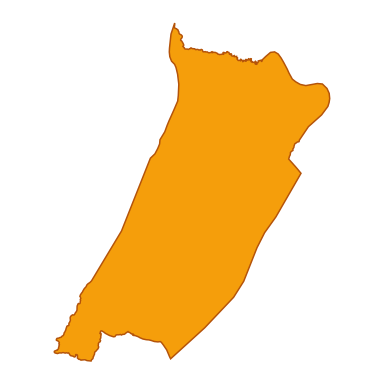 Hinherb, Vientiane, Laos (Mercator projection)
{"feature_id": "54806243B70207385851148", "entity_name": "Hinherb", "entity_type": "district", "adm_level": 2, "iso_a3": "LAO", "parent_name": "Laos", "parent_adm1": "Vientiane", "projection": "mercator", "projection_center": [102.194, 18.65], "detail": "fine", "context": "isolated", "style": "filled", "palette": "amber", "viewbox_px": 384, "rotation_deg": 0, "n_neighbors": 0, "source": "geoboundaries", "source_scale": "gbopen_adm2", "svg_char_len": 5723}
<svg xmlns="http://www.w3.org/2000/svg" viewBox="0 0 384 384"><path d="M54.5,351.1L54.3,351.5L54.3,352.1L54.6,352.6L55.2,353.0L57.2,353.5L57.7,353.5L59.3,352.9L60.7,352.9L61.3,353.0L62.7,352.6L63.4,352.6L65.2,353.1L66.4,352.8L66.7,352.8L67.6,353.1L68.5,352.9L69.0,353.4L70.2,355.3L70.5,355.6L72.5,356.1L73.2,356.2L73.9,356.8L74.4,357.0L74.9,356.9L75.3,356.6L75.5,356.2L75.6,354.9L75.8,354.6L76.1,354.5L76.8,355.1L77.2,354.9L77.4,355.0L77.5,355.4L77.4,356.3L77.5,356.9L77.4,358.0L78.8,359.3L79.8,359.4L80.9,360.1L81.3,360.1L81.8,359.9L82.1,359.9L82.2,360.0L84.0,359.8L85.1,359.8L87.0,360.6L91.1,361.0L91.3,360.8L91.4,360.2L91.6,359.6L92.6,359.0L93.1,358.0L93.2,356.9L93.6,356.4L93.7,355.9L94.5,354.2L94.6,352.8L94.9,352.0L96.3,350.8L96.9,349.9L97.7,349.2L98.1,348.4L98.5,347.8L98.7,346.9L98.3,346.0L98.2,345.4L98.4,344.8L98.4,343.4L99.2,342.2L100.1,341.8L100.5,340.8L100.5,340.4L100.0,339.8L100.0,339.5L100.0,339.3L100.6,338.3L100.7,337.9L100.8,337.3L100.7,336.6L101.0,335.7L100.8,334.9L101.2,334.1L101.1,333.8L100.9,333.6L100.0,333.5L99.9,333.4L100.0,333.0L100.5,332.3L100.5,331.4L101.1,330.9L101.8,330.9L103.7,332.0L105.3,333.3L109.5,335.5L113.5,336.8L114.9,336.6L116.1,335.0L116.3,334.9L117.6,334.8L118.9,334.8L120.2,334.5L120.5,334.5L121.3,335.0L121.9,334.8L122.5,334.4L124.2,334.3L125.2,333.7L125.8,333.1L128.0,331.6L128.3,332.0L130.0,332.7L130.5,333.1L130.8,333.5L131.5,333.7L131.9,334.1L132.2,334.2L132.7,334.0L133.1,334.1L133.1,334.3L132.8,334.7L132.9,335.2L133.2,335.2L133.7,335.0L133.8,335.5L134.0,335.6L134.4,335.4L135.2,335.6L138.2,336.7L139.9,337.7L142.9,339.0L146.3,339.7L149.0,339.9L151.3,340.5L154.3,341.5L157.9,341.9L160.3,341.6L161.4,342.4L163.3,344.9L166.7,349.9L169.6,356.8L170.6,358.8L204.7,327.8L233.6,297.3L243.7,281.3L257.0,247.7L264.6,232.7L275.9,216.9L301.0,173.3L296.1,167.4L288.7,159.1L289.5,156.2L290.1,155.2L290.4,153.7L290.4,152.6L290.7,152.2L291.5,151.4L292.0,151.0L292.9,150.5L292.9,148.9L293.8,147.6L294.1,145.8L294.8,143.9L295.0,143.6L296.1,143.0L297.5,141.9L298.8,141.8L299.2,141.2L299.3,140.2L308.4,126.7L321.6,114.9L327.9,106.4L329.1,102.5L329.7,98.6L329.2,93.4L327.0,88.5L322.4,84.0L317.3,83.5L305.8,85.6L300.2,84.4L295.7,81.8L292.3,79.1L289.0,73.1L287.2,69.1L283.7,62.5L281.1,58.0L278.2,54.0L274.6,51.9L270.5,52.4L265.7,56.5L262.6,59.5L262.2,59.7L262.4,60.1L262.0,61.0L261.7,61.4L261.4,61.3L261.2,60.6L260.7,60.3L260.0,60.4L259.3,60.8L258.3,60.9L258.2,62.1L257.9,62.6L257.1,62.5L256.9,63.4L257.0,63.9L256.7,64.3L256.2,64.1L255.6,64.2L255.1,63.7L255.0,63.2L256.0,62.8L256.4,62.4L255.6,61.3L255.4,61.2L255.1,61.5L255.1,62.0L254.9,62.4L253.8,62.3L253.4,62.2L252.8,62.4L252.4,62.3L252.3,61.8L251.7,62.0L251.2,61.7L251.0,61.4L251.4,60.6L251.2,59.5L251.3,59.0L251.3,58.8L251.0,58.7L250.7,58.7L250.6,58.9L250.8,59.5L250.1,60.2L249.9,60.0L249.5,59.1L248.7,58.7L248.4,58.9L248.1,59.8L247.9,60.2L246.6,59.6L245.8,59.5L245.6,60.0L246.2,60.7L246.1,61.1L245.6,61.2L243.9,60.3L243.5,60.6L243.4,61.3L242.9,61.6L242.0,60.2L240.9,59.3L240.6,59.3L240.5,59.5L240.7,60.6L240.4,60.8L239.9,60.3L238.5,60.5L238.1,60.4L237.7,59.7L237.1,59.2L237.1,58.9L237.6,58.0L237.4,57.7L236.7,57.6L236.6,57.4L236.6,56.4L235.1,56.5L234.4,56.7L234.2,56.6L234.3,55.9L234.2,55.6L233.6,55.9L232.6,56.1L231.5,55.7L231.3,55.4L231.5,54.7L231.6,54.3L231.4,54.0L231.1,53.8L230.6,53.8L230.1,54.3L229.7,54.3L229.4,54.0L229.2,53.0L228.8,52.4L228.0,52.3L227.5,51.7L227.2,51.7L226.8,51.8L226.3,52.7L225.8,52.9L225.0,52.9L223.8,52.4L223.2,52.5L223.0,52.8L223.0,53.1L223.6,53.8L223.7,54.0L223.4,54.3L222.0,54.1L221.0,54.5L220.1,54.4L219.4,54.6L218.9,54.3L218.0,54.2L217.8,54.1L217.5,53.4L216.7,53.2L215.7,52.5L214.8,52.5L213.7,52.2L213.3,52.3L212.8,52.7L212.6,52.6L212.5,52.0L212.1,51.7L211.5,51.9L211.1,52.6L210.1,52.5L209.5,52.8L208.9,52.8L208.1,52.5L207.2,51.9L205.9,52.0L205.3,51.7L205.1,51.6L204.6,51.8L203.2,51.8L202.9,51.5L202.3,49.9L201.6,49.5L201.0,49.5L200.3,50.1L200.1,50.1L199.6,49.9L198.6,49.9L197.8,49.4L197.0,49.4L196.0,49.6L195.6,49.6L195.2,49.4L194.9,48.9L194.7,48.8L192.3,48.6L191.4,48.2L191.1,47.9L190.7,48.0L190.2,48.6L189.4,48.7L188.7,49.4L187.8,49.3L187.2,49.0L185.8,49.1L184.7,48.8L184.4,48.4L184.4,47.9L183.5,47.1L182.9,46.3L183.6,45.7L183.7,45.3L183.6,44.5L182.6,42.5L181.8,41.2L181.5,40.8L180.8,40.5L180.6,40.0L181.0,38.8L181.6,38.3L182.2,37.1L182.3,36.7L182.1,35.8L181.5,35.1L180.9,34.7L179.7,34.1L179.3,33.7L179.1,33.3L178.8,31.8L178.3,31.0L178.0,30.0L177.7,29.7L177.1,29.4L176.6,28.8L175.0,28.2L174.7,27.8L174.4,26.8L174.7,25.0L174.7,23.0L171.0,34.1L169.5,48.0L169.3,52.0L169.8,56.7L171.5,61.1L174.6,64.3L176.0,67.5L177.6,74.2L178.8,84.3L178.3,95.5L177.7,101.1L173.8,110.2L169.0,120.9L167.1,125.5L164.8,131.8L160.0,139.7L159.6,144.0L157.7,148.6L154.9,153.9L150.4,158.2L121.5,231.0L91.5,280.9L89.8,282.6L88.2,283.6L87.0,284.8L86.6,285.4L86.4,286.1L86.1,286.7L84.3,288.6L83.0,290.8L82.4,292.1L81.4,293.3L80.4,294.9L80.2,295.4L79.9,296.4L80.3,296.8L80.8,298.6L80.3,299.4L80.3,299.9L80.6,300.6L80.3,301.3L80.2,302.8L79.9,303.5L79.4,303.7L78.5,303.5L78.2,303.7L78.0,304.0L77.2,305.9L77.1,306.6L77.0,309.8L76.9,310.4L76.3,311.7L75.5,312.6L74.7,314.2L74.4,314.6L74.2,314.8L73.5,315.0L72.4,314.9L70.9,316.1L70.6,316.5L70.2,317.4L70.2,319.1L70.4,319.7L70.4,320.3L69.7,322.1L69.0,323.1L68.9,323.6L68.9,325.1L68.8,325.3L68.5,325.6L67.3,325.9L66.8,326.5L66.0,328.9L65.8,329.9L65.4,330.7L65.0,331.7L64.2,332.8L63.8,334.5L63.6,334.9L63.0,335.7L62.1,336.1L61.3,337.1L61.1,337.2L60.0,337.5L58.4,338.2L57.2,338.3L56.9,338.5L56.5,339.1L56.3,339.9L56.5,340.4L57.6,340.6L58.2,341.3L58.7,341.7L59.3,342.5L59.3,342.9L58.9,343.8L59.0,344.1L59.4,344.7L59.3,345.1L59.0,345.6L59.0,346.5L58.6,347.3L58.6,348.4L58.2,349.0L57.8,349.4L57.4,350.1L56.7,350.1L55.7,350.7L54.5,351.1Z" fill="#f59e0b" stroke="#b45309" stroke-width="1.5"/></svg>